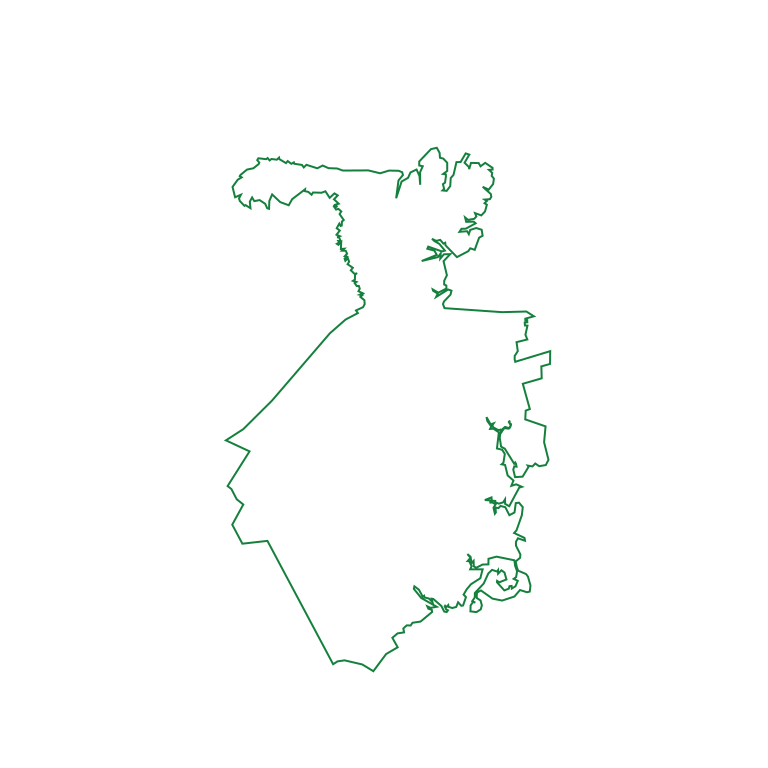 outline of Åtara-Papatoetoe Local Board Area, Auckland, New Zealand, rotated 138°
{"feature_id": "76426892B8082635890344", "entity_name": "Åtara-Papatoetoe Local Board Area", "entity_type": "district", "adm_level": 2, "iso_a3": "NZL", "parent_name": "New Zealand", "parent_adm1": "Auckland", "projection": "robinson", "projection_center": [174.846, -36.985], "detail": "fine", "context": "isolated", "style": "outline", "palette": "green", "viewbox_px": 768, "rotation_deg": 138, "n_neighbors": 0, "source": "geoboundaries", "source_scale": "gbopen_adm2", "svg_char_len": 6167}
<svg xmlns="http://www.w3.org/2000/svg" viewBox="0 0 768 768"><g transform="rotate(138 384 384)"><path d="M522.6,187.5L515.8,183.0L500.7,182.4L499.6,184.2L501.4,187.3L500.6,189.8L499.1,186.4L493.9,183.2L499.5,200.0L498.9,211.8L496.8,213.3L495.7,207.8L497.5,200.1L495.9,199.8L496.8,198.4L494.2,194.6L493.9,189.5L492.3,192.6L491.2,191.3L489.9,180.6L491.5,174.7L490.1,172.6L487.9,173.0L488.6,175.0L487.7,178.1L487.0,178.3L487.0,176.6L484.2,176.7L485.2,175.2L483.1,171.8L479.5,170.0L475.0,172.2L475.0,167.5L473.4,166.5L465.7,170.8L465.8,174.2L459.9,176.1L453.3,177.0L442.4,175.2L434.7,180.3L444.0,188.6L440.8,190.0L439.2,195.3L440.3,196.4L436.0,197.0L435.8,201.8L435.3,197.7L438.8,192.3L435.8,192.6L439.3,188.4L438.4,185.7L431.6,183.9L427.1,180.1L423.3,184.2L415.9,180.4L405.1,165.8L408.1,161.2L407.2,160.1L404.9,164.0L399.1,163.8L396.7,166.1L394.1,175.5L391.6,178.4L387.7,179.7L384.1,173.2L382.6,175.6L387.0,186.2L383.4,186.6L369.3,194.3L363.3,199.6L363.1,205.5L365.8,207.3L373.0,201.2L378.6,202.6L376.3,211.3L379.0,215.4L382.0,215.2L383.8,217.6L386.8,213.7L388.4,213.4L385.4,218.8L381.5,219.9L383.4,225.1L384.9,224.0L382.9,226.3L386.7,230.3L380.0,227.8L382.0,225.2L379.6,222.7L380.5,221.9L378.7,218.2L374.6,216.3L371.2,217.3L374.2,213.9L372.7,209.4L352.9,216.5L350.3,215.3L352.9,221.0L357.5,223.1L352.4,225.6L353.3,233.3L348.2,242.8L350.3,245.6L347.9,245.6L341.0,251.2L340.2,256.1L343.2,260.5L331.0,271.2L332.6,277.6L335.2,279.6L332.7,280.7L332.0,287.3L330.0,290.8L331.8,282.6L328.8,281.4L331.1,280.8L331.8,278.6L330.0,273.5L327.2,271.2L322.8,271.1L320.5,267.4L317.4,268.5L316.7,272.2L314.9,272.6L316.7,271.7L316.5,269.1L317.2,268.5L318.9,267.6L320.0,267.3L321.2,267.4L324.3,270.8L328.9,269.6L328.6,271.0L333.9,266.7L338.9,259.1L337.5,255.1L340.6,237.6L339.0,237.9L339.3,236.4L340.8,233.9L342.4,235.6L345.2,233.9L348.9,227.1L343.0,222.4L332.0,225.7L331.8,227.2L328.8,223.4L324.8,223.7L323.7,219.1L318.0,215.5L312.5,217.6L304.0,233.6L292.3,244.4L302.7,263.2L296.5,269.4L292.4,267.8L280.7,291.3L263.0,282.7L255.3,291.8L247.2,287.8L238.5,297.2L271.6,312.7L270.4,314.9L268.1,317.4L262.6,318.9L257.5,326.4L247.7,321.2L245.9,326.0L238.3,331.4L240.1,333.2L238.3,335.5L236.2,334.0L234.9,335.6L236.4,336.7L235.3,338.0L227.3,334.0L229.7,342.6L248.2,358.4L288.3,399.9L286.7,403.9L284.2,405.2L274.8,405.9L271.4,408.2L273.1,411.3L287.0,413.8L283.6,415.2L285.1,420.5L284.5,421.7L282.5,415.5L273.7,413.2L271.8,415.5L272.7,417.7L270.2,420.4L264.5,422.7L257.6,435.4L247.9,436.2L252.7,440.3L258.3,439.5L254.5,443.1L259.0,442.2L273.7,450.2L258.4,444.6L257.3,449.4L261.3,455.5L259.2,456.5L252.2,443.7L249.5,442.4L249.1,451.1L250.9,456.5L251.2,459.8L249.4,455.4L245.8,453.5L245.9,448.5L244.0,448.0L245.5,445.9L244.9,429.5L232.5,426.3L229.1,427.1L226.8,423.0L215.4,429.1L211.5,428.2L208.2,433.3L211.1,438.2L216.8,440.8L220.7,438.6L220.0,441.9L226.1,446.6L222.6,447.5L219.3,444.7L208.4,442.1L208.7,444.6L214.4,449.5L212.3,453.5L211.7,449.7L206.4,446.4L203.3,446.7L202.0,450.1L198.9,444.2L193.5,444.6L187.6,448.4L188.3,451.1L185.1,451.2L185.8,453.7L181.6,450.5L179.0,451.3L177.5,453.7L178.7,464.5L176.1,458.4L169.1,459.6L164.9,463.1L164.7,466.6L162.3,468.5L162.7,472.9L159.8,470.7L158.7,472.0L160.8,480.6L166.6,481.2L165.8,484.8L171.4,490.1L176.9,486.7L175.7,488.5L176.1,494.5L167.1,497.4L169.0,500.7L178.5,497.7L181.7,500.4L192.4,492.9L196.6,492.4L202.4,486.7L208.2,485.6L211.0,488.7L208.7,488.8L206.5,493.1L203.9,492.8L199.0,496.9L197.8,498.4L199.5,500.5L194.5,500.0L189.0,506.1L189.1,511.8L191.0,514.7L188.0,518.6L186.7,524.2L191.9,527.1L208.9,525.8L211.6,522.8L209.5,519.9L215.5,517.2L223.8,507.8L218.4,514.9L216.3,521.6L222.8,523.5L228.2,521.1L235.4,522.7L250.7,513.9L237.0,525.6L230.1,526.6L228.8,529.2L230.4,532.6L237.4,539.2L245.9,543.2L252.7,553.2L271.8,570.2L274.6,575.5L280.8,581.5L283.4,587.4L289.2,588.9L295.0,598.8L298.7,598.6L298.4,601.7L303.3,607.7L302.7,609.0L305.5,609.6L306.4,614.1L309.0,613.7L311.3,621.1L310.5,622.5L313.5,622.4L317.1,626.5L319.4,626.7L319.3,629.8L321.1,629.9L326.3,635.8L328.4,635.2L328.5,632.0L330.0,631.3L336.7,631.7L342.3,635.0L350.8,635.4L352.1,635.0L351.5,632.8L356.0,633.7L364.7,631.8L369.7,622.4L363.7,620.4L367.6,618.9L368.7,616.4L368.5,609.8L367.2,609.6L365.6,604.0L361.7,609.3L357.2,610.9L358.0,606.7L353.4,603.9L351.7,597.4L353.2,592.8L352.2,591.1L346.8,596.7L340.3,599.7L339.4,588.6L335.2,580.6L328.6,582.8L312.4,581.5L313.8,580.3L311.7,577.4L311.2,573.1L308.6,573.8L302.4,567.9L298.6,566.4L299.8,558.7L293.3,558.8L292.2,555.1L297.6,554.7L297.0,548.3L299.6,549.5L300.6,546.7L301.1,550.0L302.4,549.7L302.9,545.7L300.7,544.6L300.3,540.8L303.3,540.0L304.2,532.8L306.6,532.9L309.4,530.0L310.5,530.5L309.9,533.1L314.9,531.4L314.2,527.6L319.4,526.7L317.9,523.4L320.7,524.4L319.3,522.9L320.6,519.3L322.2,520.8L322.4,519.2L325.2,519.7L324.7,517.9L320.8,518.1L325.7,513.2L323.1,511.2L326.0,511.2L323.3,508.6L324.3,505.5L327.6,505.2L326.4,503.5L329.4,503.5L330.3,501.4L326.7,501.7L328.1,498.2L330.9,497.4L329.4,491.2L332.6,490.7L332.2,485.4L329.8,484.3L332.2,484.8L335.7,481.1L338.0,481.4L336.2,478.3L338.3,478.6L338.7,475.1L337.1,473.7L338.2,471.1L340.9,470.0L339.0,465.5L342.3,466.6L340.8,464.5L343.3,464.5L342.5,459.4L344.9,456.3L348.2,455.1L355.6,457.4L356.0,454.2L369.4,457.6L390.2,457.9L478.4,446.6L518.8,444.6L539.2,447.9L529.0,423.9L568.5,412.8L567.7,408.0L570.6,396.9L569.2,388.6L590.9,381.0L596.1,360.1L575.6,345.4L609.3,209.8L604.2,209.0L598.2,205.0L587.8,190.1L584.1,177.7L563.1,181.9L550.0,179.2L547.6,189.8L540.8,189.6L535.3,186.0L533.2,189.4L528.6,189.4L525.8,186.7L522.6,187.5ZM414.6,132.2L410.0,136.2L405.9,144.5L405.6,147.7L409.2,155.5L407.8,159.1L408.6,160.2L410.4,155.8L415.0,152.1L418.0,152.4L416.3,148.2L421.7,145.7L425.9,146.5L424.3,148.6L426.0,149.8L428.2,148.4L432.7,150.1L432.7,161.1L431.7,162.0L431.0,159.5L423.8,156.8L420.6,163.3L421.4,167.0L426.1,166.7L423.9,169.3L425.4,168.9L428.1,173.6L433.3,173.4L443.4,169.0L456.3,167.9L459.4,164.6L463.7,163.6L462.4,160.5L463.9,162.4L467.8,161.5L471.9,157.2L467.9,152.6L462.9,151.8L459.4,154.0L457.1,158.5L458.2,162.7L457.1,164.3L454.4,166.8L450.1,165.7L447.0,151.9L441.1,144.0L429.3,138.8L420.8,139.9L417.1,133.6L414.6,132.2Z" fill="none" stroke="#15803d" stroke-width="2"/></g></svg>